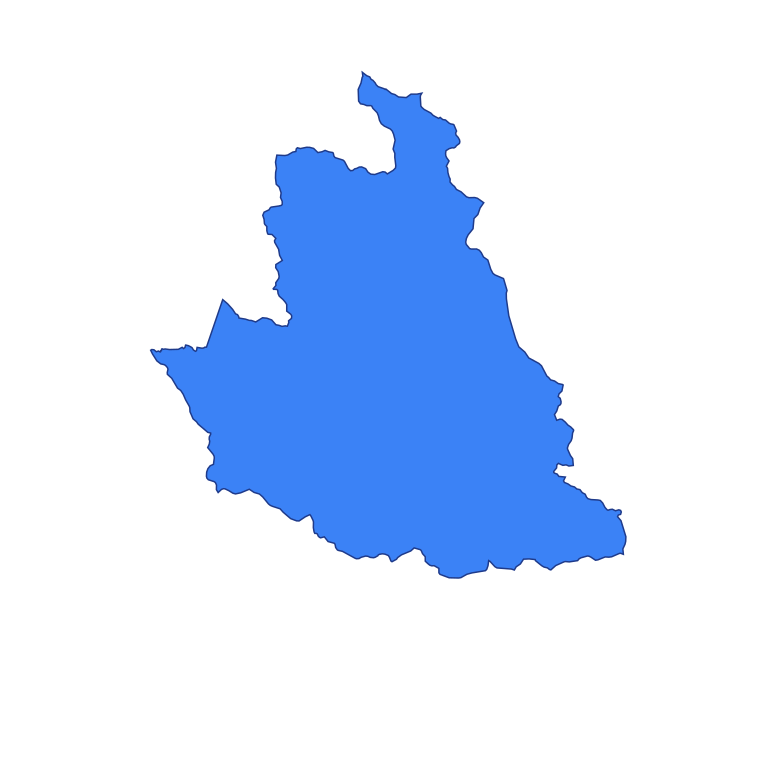 outline of Lam Binh, Tuyên Quang, Vietnam, rotated 147°
{"feature_id": "81297802B83942116722165", "entity_name": "Lam Binh", "entity_type": "district", "adm_level": 2, "iso_a3": "VNM", "parent_name": "Vietnam", "parent_adm1": "Tuyên Quang", "projection": "natural_earth1", "projection_center": [105.222, 22.507], "detail": "fine", "context": "isolated", "style": "filled", "palette": "blue", "viewbox_px": 768, "rotation_deg": 147, "n_neighbors": 0, "source": "geoboundaries", "source_scale": "gbopen_adm2", "svg_char_len": 6171}
<svg xmlns="http://www.w3.org/2000/svg" viewBox="0 0 768 768"><g transform="rotate(147 384 384)"><path d="M273.5,115.6L269.2,118.3L267.0,120.4L264.3,124.2L259.7,140.3L260.4,145.5L258.8,146.5L256.6,145.8L254.7,147.4L254.4,149.1L255.6,150.6L258.9,151.6L260.7,154.6L263.0,155.7L264.8,156.1L265.4,157.0L265.9,160.2L265.4,165.1L266.0,168.5L267.6,170.1L273.4,174.4L275.4,176.7L275.8,178.7L275.3,182.0L276.9,184.9L277.2,188.7L279.5,191.0L280.3,193.9L282.8,196.7L284.1,200.0L286.3,203.1L286.2,205.0L282.6,207.2L287.7,211.3L287.8,214.1L289.5,216.3L289.8,217.3L289.3,218.2L285.0,219.6L283.1,222.0L281.0,222.5L278.3,218.4L275.3,217.0L273.6,214.5L269.6,212.6L266.4,218.6L266.6,222.5L265.6,229.1L265.1,230.4L262.1,232.8L257.9,234.5L255.8,236.2L252.5,240.2L250.4,241.6L250.0,242.4L250.8,246.3L252.1,249.3L252.7,253.3L253.9,257.3L255.6,258.7L258.9,259.5L257.7,265.5L253.9,267.2L249.8,270.6L247.4,270.6L246.2,271.3L245.1,272.8L244.0,276.1L244.8,278.5L242.6,280.4L238.6,281.2L234.3,285.6L234.5,286.3L237.6,289.4L239.3,293.6L242.0,296.7L242.4,299.9L243.1,301.9L242.0,313.5L242.9,316.9L248.4,327.0L248.5,334.1L250.7,341.7L249.0,350.3L242.2,373.2L235.0,388.7L231.9,393.7L229.9,395.4L226.5,406.7L226.4,407.4L231.5,415.0L232.4,417.4L232.0,422.0L229.4,431.4L231.4,436.3L230.9,441.1L231.2,444.2L232.8,446.8L237.1,449.5L238.4,450.9L239.0,456.3L238.2,458.5L235.6,461.2L232.1,463.3L224.8,465.7L218.4,473.8L213.0,475.0L207.5,479.3L201.6,481.7L204.5,488.9L206.4,491.0L211.3,494.0L212.9,496.1L214.7,503.2L217.3,507.7L217.3,511.3L218.1,513.7L218.6,517.4L216.9,519.9L216.5,522.6L215.2,526.6L213.2,530.3L213.1,532.7L208.0,535.6L208.2,539.5L207.9,541.7L206.8,543.8L205.0,545.9L201.2,545.9L198.2,545.0L196.8,543.9L195.0,543.8L193.5,544.4L189.7,544.7L188.5,545.8L187.7,547.6L187.5,550.5L188.0,553.6L187.2,555.5L185.4,556.6L184.2,563.3L184.5,564.0L186.5,565.9L187.4,567.5L188.6,571.9L190.7,573.8L191.7,577.0L193.5,577.0L195.6,580.7L196.6,582.8L197.1,585.6L200.8,592.4L201.6,595.4L201.7,597.1L197.2,605.0L196.1,606.2L193.9,607.3L198.4,609.1L203.5,612.4L209.3,612.1L215.5,616.8L217.2,620.8L219.5,623.5L221.8,630.4L222.6,630.4L223.1,631.6L227.0,636.6L227.6,639.3L227.4,641.2L227.9,644.7L228.9,646.6L228.7,649.3L230.6,652.0L232.4,657.2L234.2,653.5L235.2,653.1L239.4,648.9L245.2,645.1L251.2,635.1L251.1,631.8L248.6,629.4L246.8,626.8L243.5,624.7L242.9,623.7L243.2,621.3L242.0,615.3L242.6,612.0L244.2,607.5L244.5,603.8L243.3,600.1L239.8,594.4L239.3,591.7L239.9,588.3L241.9,582.4L248.4,576.1L249.3,571.5L251.5,568.2L255.2,560.7L256.7,558.9L259.9,558.2L266.8,558.4L267.6,561.1L269.4,562.7L277.6,564.7L280.8,567.2L282.1,570.5L282.1,574.6L284.5,578.2L286.6,579.4L289.4,579.7L291.4,580.4L293.9,580.1L295.9,581.1L296.6,584.3L295.9,592.3L296.4,594.1L301.7,600.5L301.9,602.3L300.8,605.3L301.0,606.1L303.9,608.8L306.2,612.0L309.4,612.5L313.4,614.1L314.7,619.9L317.4,622.9L320.0,624.7L325.9,627.0L328.0,629.3L329.5,629.0L331.3,627.0L334.2,628.2L340.1,628.5L342.7,629.6L349.2,634.3L354.2,629.1L356.8,623.4L359.7,620.4L362.8,615.9L365.6,610.2L364.6,606.2L366.2,600.3L369.2,596.8L369.9,592.6L371.5,590.1L372.7,589.7L375.1,590.5L382.3,593.8L383.5,593.7L385.5,592.7L391.0,593.4L393.8,591.5L394.9,587.4L396.9,583.7L397.0,582.6L396.5,579.9L398.8,576.3L399.7,573.5L399.6,572.7L396.5,570.4L395.4,565.1L397.8,563.8L398.5,562.3L399.0,554.4L401.5,548.7L402.0,543.0L409.6,543.1L411.5,540.5L411.5,535.9L413.3,531.4L414.7,529.9L419.6,527.9L421.0,525.5L425.0,524.3L425.1,523.6L422.5,521.8L422.1,520.6L423.6,517.5L424.0,514.6L422.7,509.9L422.2,506.0L422.3,503.6L425.9,498.1L424.2,493.3L424.3,491.4L425.9,489.4L429.6,489.0L430.5,487.3L433.6,485.1L435.1,486.5L438.2,487.9L440.1,490.4L442.4,492.6L443.3,498.9L446.4,503.0L449.8,505.7L457.8,505.9L460.6,509.5L462.3,510.7L464.9,513.9L469.7,518.3L469.1,519.9L469.1,522.0L470.3,523.7L470.3,529.0L471.5,536.5L473.3,542.6L512.8,511.6L514.3,512.5L515.6,512.4L517.2,513.2L520.8,516.5L523.1,514.1L524.3,514.1L525.3,516.3L525.2,519.0L525.8,520.3L527.1,522.6L528.9,524.5L529.2,524.7L531.1,523.0L532.8,522.9L533.3,524.7L537.6,525.1L545.1,529.7L548.5,532.6L550.0,533.2L551.0,534.4L551.7,534.3L552.4,533.3L553.2,533.5L553.7,532.8L554.3,532.8L555.2,534.5L557.4,535.1L558.3,538.0L560.0,539.4L561.3,539.4L561.8,535.3L561.9,527.1L560.3,522.5L557.7,519.8L557.1,518.4L556.7,515.7L557.1,514.1L559.6,511.6L560.4,510.1L558.9,504.4L559.4,493.0L558.0,489.3L558.0,484.7L559.0,478.7L559.4,471.6L559.8,469.9L561.8,466.4L563.1,458.8L561.8,454.4L561.7,451.5L558.1,439.4L556.1,437.3L556.7,436.3L559.3,434.8L560.7,432.9L561.3,431.0L563.2,428.8L566.5,426.7L565.6,418.3L565.8,416.0L566.6,414.4L570.8,409.5L574.3,410.1L577.8,408.9L580.7,406.7L583.2,403.3L583.8,401.5L583.5,399.4L579.6,394.6L579.1,393.1L579.5,390.5L582.1,386.7L582.2,383.3L577.7,384.1L575.6,383.6L574.4,382.6L572.2,379.0L570.2,374.7L568.4,372.7L563.5,370.8L554.3,369.1L552.0,363.8L548.4,359.6L547.2,355.3L546.2,346.3L545.5,344.2L544.2,342.2L539.1,335.9L538.4,331.4L535.6,321.9L531.9,316.9L529.8,315.4L522.3,315.5L517.3,314.8L517.2,312.9L517.8,308.2L518.3,306.7L521.5,302.0L523.2,298.0L523.4,296.4L522.2,295.6L521.6,294.6L522.0,292.1L521.6,290.5L520.9,289.5L517.3,288.3L516.7,282.3L512.5,277.6L512.3,276.3L513.6,273.2L513.5,270.4L513.1,269.5L510.0,266.3L503.1,253.5L502.2,252.4L500.0,251.2L497.5,251.1L493.1,249.7L491.3,248.2L490.0,246.1L487.4,244.0L485.9,243.5L482.7,243.3L481.8,243.8L480.5,243.6L477.9,242.5L475.8,240.7L473.8,237.8L473.8,235.9L474.6,231.7L474.1,230.6L469.0,230.2L467.0,231.0L462.3,231.2L452.5,229.4L448.0,230.1L443.8,225.3L443.5,224.1L444.1,220.7L443.5,216.7L445.9,212.9L445.0,209.3L444.3,207.2L443.1,205.6L440.9,204.3L438.4,199.5L440.8,195.7L440.7,193.8L434.9,186.0L427.0,180.6L424.9,179.7L418.2,179.3L413.2,177.7L400.6,172.2L398.8,172.6L395.7,175.0L392.4,178.9L391.7,177.5L390.5,170.4L389.4,168.2L377.9,159.4L376.0,157.0L372.7,158.7L367.6,158.8L362.4,161.1L357.6,158.3L352.8,154.4L353.2,153.4L350.7,145.7L349.5,143.3L347.1,140.8L346.3,138.4L345.3,137.2L338.8,138.2L329.9,136.8L328.7,136.4L325.5,133.9L317.8,130.4L315.7,131.1L313.6,131.0L307.2,129.0L306.0,128.1L304.8,126.2L302.6,121.0L300.3,120.0L292.7,118.5L289.7,116.3L287.2,115.1L278.8,113.7L277.7,113.1L276.0,110.8L273.5,115.6Z" fill="#3b82f6" stroke="#1e3a8a" stroke-width="1.5"/></g></svg>